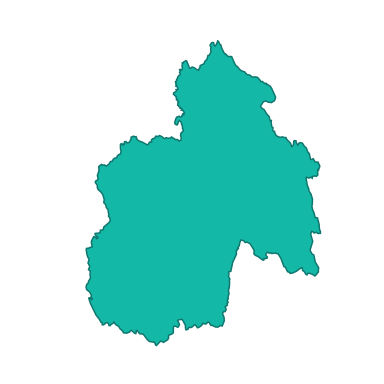 outline of Ikalamavony, Haute Matsiatra, Madagascar, rotated 343°
{"feature_id": "10022922B85703559853082", "entity_name": "Ikalamavony", "entity_type": "district", "adm_level": 2, "iso_a3": "MDG", "parent_name": "Madagascar", "parent_adm1": "Haute Matsiatra", "projection": "equal_earth", "projection_center": [45.831, -21.226], "detail": "fine", "context": "isolated", "style": "filled", "palette": "teal", "viewbox_px": 384, "rotation_deg": 343, "n_neighbors": 0, "source": "geoboundaries", "source_scale": "gbopen_adm2", "svg_char_len": 6023}
<svg xmlns="http://www.w3.org/2000/svg" viewBox="0 0 384 384"><g transform="rotate(343 192 192)"><path d="M289.6,305.3L289.5,304.8L291.0,301.5L289.4,295.1L290.1,287.9L288.8,286.5L287.8,282.3L293.0,274.5L293.2,266.9L295.0,264.6L296.4,265.8L296.8,267.0L299.0,266.7L300.4,268.5L302.7,269.1L303.3,267.4L303.0,264.9L304.1,260.1L304.4,253.9L304.3,253.4L302.3,252.3L302.6,247.6L302.2,244.3L302.5,240.5L303.3,239.3L305.1,234.2L305.2,228.8L304.2,225.2L304.6,222.6L304.2,219.3L305.2,211.7L305.8,211.3L307.9,212.9L310.0,212.6L311.0,214.0L311.8,212.3L314.2,212.6L315.5,213.4L317.2,212.6L318.7,207.4L319.5,208.0L320.0,206.7L320.7,206.4L321.7,204.8L321.8,203.1L321.2,202.3L321.5,200.5L318.4,199.1L317.7,195.6L315.9,196.0L314.9,195.2L315.4,189.6L314.4,187.5L314.2,183.4L312.8,181.1L311.9,177.6L309.9,176.4L308.9,176.4L306.8,178.1L306.1,174.6L306.5,173.6L304.9,172.7L304.0,173.4L303.1,176.2L301.0,177.9L300.6,177.8L300.5,174.1L298.1,169.6L297.7,167.3L296.3,167.0L294.6,165.7L292.3,165.5L290.9,164.6L289.1,162.8L288.4,159.5L288.7,158.1L287.7,157.9L287.1,156.5L288.3,154.4L287.5,153.1L287.5,152.2L288.0,148.8L288.8,146.8L287.6,146.6L287.8,142.3L286.4,139.5L285.1,134.5L282.7,131.2L282.8,129.8L286.8,126.5L289.4,126.6L291.0,128.3L294.0,129.7L297.4,128.9L298.9,127.2L299.7,125.4L298.4,115.8L297.7,113.7L295.6,111.1L294.6,110.8L294.8,109.9L293.1,109.3L291.6,106.8L290.1,106.6L289.5,104.2L288.0,101.4L286.1,100.4L283.2,99.7L281.5,97.1L278.9,95.8L277.4,92.4L275.3,91.1L273.5,88.9L272.1,85.4L271.1,84.2L270.4,81.8L269.5,74.1L266.1,72.9L264.4,69.6L263.6,69.4L262.5,63.5L262.6,60.0L261.8,58.6L261.4,55.7L260.7,55.0L259.2,57.2L257.0,59.2L256.6,59.2L256.1,58.1L256.3,55.4L254.7,55.0L253.5,55.6L252.1,57.0L252.5,59.2L251.9,60.0L251.0,63.7L248.6,66.2L247.2,66.1L245.1,69.4L242.6,70.8L240.8,72.9L236.7,73.5L236.1,75.3L235.2,75.6L234.0,77.5L232.5,76.5L230.5,73.8L228.6,72.5L226.7,73.3L225.9,72.8L225.2,65.2L224.6,64.6L222.0,65.2L221.1,66.2L220.4,65.7L220.1,67.1L219.2,68.6L219.3,70.0L218.1,72.3L217.0,72.3L216.6,71.3L215.9,71.3L215.9,72.1L216.3,72.5L215.9,73.4L215.1,73.9L215.3,75.9L212.2,77.6L210.9,79.5L210.2,79.8L209.9,81.0L208.4,81.7L208.6,82.9L208.0,83.8L208.5,84.4L207.5,86.1L208.4,86.5L208.8,88.8L208.4,89.8L206.7,89.4L206.7,90.3L206.1,91.2L203.5,91.8L202.8,93.0L204.7,96.3L204.1,99.5L205.1,99.8L205.0,101.6L205.5,102.1L204.4,102.9L203.7,105.0L204.6,105.8L204.5,106.6L205.7,107.8L205.1,108.5L206.8,109.5L206.7,110.2L205.8,110.6L207.3,111.5L207.9,113.8L207.2,114.2L206.9,115.5L205.8,114.7L205.4,115.9L204.7,115.9L204.5,116.8L203.6,117.0L202.8,117.0L202.0,115.8L199.4,115.9L198.1,117.0L195.7,120.6L195.8,122.3L197.2,123.5L198.4,122.7L199.4,120.8L200.9,119.9L201.9,121.8L202.0,127.3L201.5,128.3L201.7,131.0L198.5,132.6L197.6,134.7L197.5,137.2L196.5,139.1L194.5,139.5L193.5,137.6L191.7,137.1L188.5,133.4L187.4,134.0L184.9,133.7L183.1,132.4L181.6,133.0L180.6,132.3L179.7,130.6L177.5,128.5L176.0,129.0L173.8,128.0L171.8,129.7L170.0,129.5L168.3,130.4L168.0,132.5L165.9,131.8L164.4,133.5L163.1,133.9L159.0,129.7L155.8,127.3L154.8,125.6L154.7,122.7L153.7,122.6L152.4,121.5L149.7,121.8L149.3,123.4L146.5,126.2L144.3,126.2L143.8,124.5L142.9,124.3L142.1,124.2L141.5,126.2L140.6,127.0L140.1,125.8L139.4,126.4L138.4,125.1L137.5,125.5L136.2,129.7L136.0,132.6L134.6,134.7L132.7,134.9L131.0,135.8L130.0,137.2L127.5,137.1L125.9,138.0L124.9,139.2L122.9,139.1L120.8,141.0L117.5,142.2L116.2,140.5L114.5,140.2L113.5,139.1L110.3,140.3L109.4,144.2L106.4,148.4L106.0,152.1L105.2,152.8L103.0,153.4L102.3,154.5L103.4,158.0L102.7,160.3L103.0,162.5L104.6,164.8L105.9,168.2L105.9,173.5L104.5,176.4L105.8,178.9L105.5,181.8L106.6,184.5L106.0,186.6L106.0,188.7L105.1,190.6L105.8,193.0L105.5,195.2L103.9,196.9L97.5,199.6L96.1,201.9L94.8,202.2L93.2,201.7L92.1,204.2L87.2,203.3L86.9,204.5L88.5,207.4L88.6,208.4L87.0,208.7L86.7,207.0L84.9,205.9L81.2,210.0L80.4,215.3L77.5,215.2L76.6,215.7L75.1,215.0L74.1,215.6L73.3,220.5L73.3,223.9L74.0,226.1L71.8,229.5L72.5,233.2L70.3,236.0L71.6,237.8L70.2,241.7L69.9,244.4L67.1,247.0L65.9,248.9L64.4,249.5L62.9,251.9L62.7,254.6L64.9,257.7L65.6,261.4L64.6,263.2L65.5,264.6L64.7,265.6L63.1,263.1L62.2,263.3L62.3,268.8L64.3,281.8L66.3,287.0L66.8,289.8L67.9,290.9L67.3,292.7L68.8,293.2L71.6,291.9L72.5,292.1L73.6,293.3L73.6,295.5L74.6,295.9L76.4,294.7L77.9,294.6L79.2,293.6L80.3,296.5L82.6,299.2L83.3,302.0L84.8,304.2L85.4,306.7L88.3,307.9L91.4,307.7L92.7,306.7L93.7,306.7L96.0,310.5L96.8,311.0L97.6,310.0L98.1,308.2L99.2,308.6L100.4,312.2L103.5,313.5L104.1,314.5L106.1,320.1L107.6,322.5L112.2,324.8L112.5,327.6L113.1,328.4L118.2,325.5L119.1,325.7L120.8,327.5L125.7,326.1L126.9,324.8L127.7,322.1L130.6,322.1L132.9,321.3L134.7,315.8L135.4,315.1L137.1,315.6L138.8,317.2L139.8,316.9L141.3,314.9L140.7,310.6L142.0,310.3L145.4,311.0L146.7,317.3L145.8,321.2L146.1,322.2L148.4,321.9L149.0,320.8L149.7,320.6L151.3,321.3L153.1,321.0L155.8,319.7L156.5,320.1L157.4,323.2L158.0,323.6L160.9,323.0L163.4,321.6L163.8,320.6L166.6,322.4L169.4,321.0L170.2,321.8L171.0,325.0L172.2,325.4L174.9,327.9L177.3,328.8L180.2,327.9L181.7,329.0L185.1,324.8L186.0,321.3L185.7,317.8L186.2,316.3L187.5,315.6L188.6,316.1L190.3,314.5L190.3,311.2L192.7,310.7L192.8,308.7L194.0,308.5L194.4,307.4L193.9,306.4L194.5,305.1L195.3,305.0L196.2,302.0L197.8,300.0L197.7,298.4L198.8,295.2L199.4,294.9L200.6,292.0L201.8,288.6L201.8,287.4L202.8,286.3L202.2,283.4L203.2,281.8L203.6,279.3L203.9,279.0L205.9,279.3L210.4,271.1L216.2,264.7L217.4,260.7L218.3,260.7L219.9,259.4L219.4,258.8L221.4,257.3L223.1,254.1L224.9,252.1L227.1,253.7L228.1,255.9L229.6,255.8L232.4,258.4L234.4,266.0L233.1,269.3L234.0,271.0L236.2,273.0L239.9,278.0L241.0,277.9L241.5,276.5L242.8,277.2L244.7,277.1L245.0,276.1L244.1,273.8L244.8,272.7L246.5,271.6L248.2,273.2L249.1,273.0L250.3,274.2L253.8,274.7L256.4,276.7L257.6,281.5L258.1,290.2L259.4,291.5L259.9,295.4L260.4,296.5L261.6,297.1L262.0,298.5L264.8,298.9L269.1,298.2L272.8,296.8L275.2,296.7L274.9,299.3L276.4,301.6L276.6,303.5L277.7,304.9L278.8,303.8L280.2,303.9L283.0,305.8L284.6,307.9L285.4,308.2L289.6,305.3Z" fill="#14b8a6" stroke="#0f766e" stroke-width="1.5"/></g></svg>